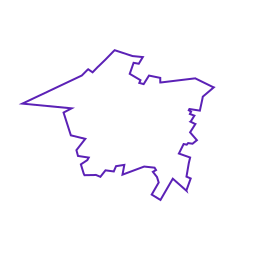 Gweru Urban, Midlands, Zimbabwe, rotated 73°
{"feature_id": "62879985B64547719639207", "entity_name": "Gweru Urban", "entity_type": "district", "adm_level": 2, "iso_a3": "ZWE", "parent_name": "Zimbabwe", "parent_adm1": "Midlands", "projection": "equal_earth", "projection_center": [29.828, -19.456], "detail": "fine", "context": "isolated", "style": "outline", "palette": "violet", "viewbox_px": 256, "rotation_deg": 73, "n_neighbors": 0, "source": "geoboundaries", "source_scale": "gbopen_adm2", "svg_char_len": 1131}
<svg xmlns="http://www.w3.org/2000/svg" viewBox="0 0 256 256"><g transform="rotate(73 128 128)"><path d="M114.2,34.1L113.4,35.1L99.8,49.6L100.1,49.5L94.1,83.1L93.9,83.8L92.8,83.5L89.5,82.5L84.0,92.6L90.6,100.2L88.2,104.0L85.9,102.1L76.7,110.5L71.7,106.8L67.3,103.6L69.7,98.9L64.5,93.1L60.5,102.7L54.0,111.9L49.7,118.0L50.5,119.6L56.0,129.6L60.3,138.0L60.7,138.9L64.4,145.6L60.2,148.9L60.4,149.5L64.3,156.8L73.8,221.9L92.7,176.2L94.4,185.1L118.3,184.8L125.9,172.0L128.1,175.2L134.1,183.8L140.1,184.0L144.8,174.2L146.8,176.3L149.0,183.7L158.7,183.7L160.4,183.4L163.0,174.4L163.5,172.4L166.6,168.7L161.9,161.9L165.4,154.3L164.3,153.4L161.0,150.6L162.2,142.3L171.0,146.9L169.6,123.8L173.7,114.2L176.4,113.5L177.2,117.0L183.4,114.6L189.1,114.6L198.6,124.8L206.3,118.0L189.6,100.0L205.0,90.5L204.9,90.5L194.6,82.8L191.6,86.3L179.3,80.1L174.4,77.2L167.3,86.8L166.7,86.2L159.6,79.5L161.1,76.7L160.0,74.9L161.9,70.9L159.8,65.7L150.3,69.9L143.9,62.4L143.6,62.8L140.2,66.4L140.1,66.1L135.6,60.9L132.7,64.7L130.8,62.9L128.8,64.7L127.8,63.7L132.4,54.2L122.0,48.4L119.9,47.3L114.2,34.1Z" fill="none" stroke="#5b21b6" stroke-width="2"/></g></svg>